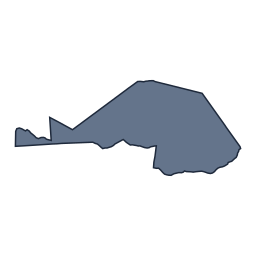 outline of Morrinhos, Ceará, Brazil
{"feature_id": "56859067B53703950376304", "entity_name": "Morrinhos", "entity_type": "district", "adm_level": 2, "iso_a3": "BRA", "parent_name": "Brazil", "parent_adm1": "Ceará", "projection": "orthographic", "projection_center": [-40.117, -3.283], "detail": "fine", "context": "isolated", "style": "filled", "palette": "slate", "viewbox_px": 256, "rotation_deg": 0, "n_neighbors": 0, "source": "geoboundaries", "source_scale": "gbopen_adm2", "svg_char_len": 1596}
<svg xmlns="http://www.w3.org/2000/svg" viewBox="0 0 256 256"><path d="M202.1,93.3L155.1,81.6L153.3,80.7L151.3,80.7L149.1,80.8L147.5,81.1L145.8,81.2L143.7,81.8L140.4,81.4L137.7,81.5L128.7,88.0L124.7,91.0L99.9,109.4L91.4,115.7L72.5,129.7L56.9,121.2L49.7,117.4L51.2,140.4L48.7,139.8L46.4,139.2L45.0,137.9L43.5,137.4L41.1,137.5L38.4,138.6L36.1,137.7L34.5,136.0L32.5,134.3L30.7,132.9L29.3,131.1L27.1,129.7L25.5,130.9L24.0,130.1L21.8,128.8L19.3,128.0L16.8,128.7L15.7,131.3L15.4,146.3L24.1,145.8L33.6,145.2L38.3,144.9L52.0,144.0L57.0,143.8L61.7,143.4L92.8,142.2L95.2,143.4L97.4,144.0L99.1,145.4L101.0,147.2L102.7,148.6L104.9,148.0L107.1,148.0L108.9,147.4L111.3,146.7L113.5,145.4L114.9,144.0L123.2,139.5L124.6,140.7L126.3,142.3L128.5,143.8L130.3,145.0L132.4,144.8L134.4,145.2L136.4,145.5L138.3,146.0L140.0,145.9L141.8,146.6L144.7,147.6L147.2,148.0L149.1,147.7L150.6,146.8L152.8,146.4L154.5,146.0L156.3,145.9L155.0,156.3L153.9,162.1L153.5,167.7L156.4,168.3L158.6,168.2L160.6,170.0L162.7,172.4L164.5,174.1L166.7,174.8L168.7,175.2L171.1,175.3L173.8,173.8L176.6,173.1L178.8,172.6L181.6,172.7L183.2,172.2L184.5,171.0L186.4,171.6L188.8,171.7L191.0,171.8L193.2,172.1L195.9,171.7L198.9,171.4L201.7,171.2L203.9,171.7L205.7,172.3L207.5,173.0L210.4,173.5L212.5,173.0L214.5,171.6L215.9,169.9L217.8,168.2L219.8,167.3L222.5,166.8L224.5,166.0L226.0,165.1L227.6,164.1L228.2,162.5L230.0,161.8L231.7,161.3L233.1,160.0L234.6,158.6L236.2,157.4L237.3,155.0L237.6,153.1L238.6,151.4L239.0,149.6L240.6,148.6L240.0,146.6L226.2,127.3L224.9,125.3L208.5,102.3L202.1,93.3Z" fill="#64748b" stroke="#1e293b" stroke-width="1.5"/></svg>